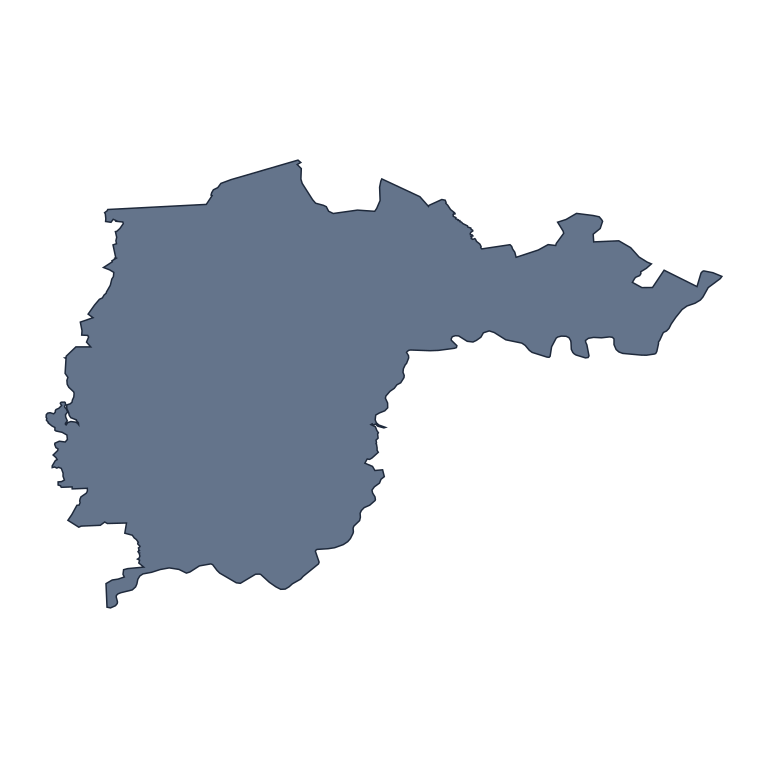 the district of Raiskuma pag., Pargaujas, Latvia
{"feature_id": "27541924B87883803055955", "entity_name": "Raiskuma pag.", "entity_type": "district", "adm_level": 2, "iso_a3": "LVA", "parent_name": "Latvia", "parent_adm1": "Pargaujas", "projection": "robinson", "projection_center": [25.193, 57.347], "detail": "fine", "context": "isolated", "style": "filled", "palette": "slate", "viewbox_px": 768, "rotation_deg": 0, "n_neighbors": 0, "source": "geoboundaries", "source_scale": "gbopen_adm2", "svg_char_len": 6013}
<svg xmlns="http://www.w3.org/2000/svg" viewBox="0 0 768 768"><path d="M54.7,444.5L55.9,447.6L58.0,448.9L57.7,450.5L53.1,455.0L56.0,457.6L57.2,459.6L55.4,460.5L52.2,465.9L52.2,467.6L54.6,467.0L56.8,468.1L58.6,467.3L61.3,468.4L63.1,473.2L63.0,476.2L64.4,480.0L61.6,481.6L58.1,481.9L58.1,485.0L60.6,485.8L60.9,486.9L61.5,487.3L72.1,486.9L72.2,488.9L87.3,488.3L87.4,491.1L86.3,493.2L81.0,496.8L80.1,498.9L79.7,501.0L80.1,502.6L79.1,505.1L76.9,505.3L71.8,514.6L67.9,520.3L78.8,527.2L81.2,526.1L100.3,525.3L104.7,522.0L107.4,523.5L126.5,523.0L124.8,533.2L132.3,535.2L134.2,537.9L136.4,539.6L138.3,542.3L137.7,543.1L137.9,544.2L139.9,546.1L140.0,546.6L138.4,548.0L138.9,549.2L138.7,550.3L139.3,550.6L138.0,551.7L138.9,553.0L139.6,553.1L139.3,553.9L139.9,556.1L139.1,558.1L137.5,559.1L139.6,560.2L138.8,563.0L143.7,567.1L127.7,568.6L123.6,569.7L123.0,574.3L124.3,577.0L118.1,579.1L112.2,580.0L106.0,583.6L107.0,607.2L110.5,607.9L115.5,605.7L117.2,603.6L117.5,602.0L116.2,596.9L116.4,595.4L118.1,593.8L120.9,592.7L132.3,589.9L135.6,586.9L136.9,583.9L137.8,579.4L139.8,576.0L143.0,573.9L151.6,572.3L160.3,569.5L169.2,567.9L178.9,569.4L186.4,573.1L189.9,572.0L199.4,565.9L210.8,563.9L212.6,564.6L216.9,570.3L219.7,573.1L236.3,582.8L240.4,583.3L255.6,574.2L259.4,574.1L260.7,574.4L269.2,582.2L275.8,586.8L280.7,589.3L285.2,589.1L289.1,586.8L292.4,583.8L300.7,579.1L303.1,576.4L318.5,563.9L319.1,562.1L315.4,551.3L315.7,550.4L317.0,549.4L328.2,548.7L334.7,547.7L343.3,544.6L347.7,541.7L350.4,538.6L353.0,533.4L353.4,531.8L353.1,528.2L353.8,526.2L359.6,520.6L360.4,517.2L360.1,513.3L361.4,510.5L364.2,507.6L369.7,505.2L375.1,500.5L375.4,499.6L375.0,496.9L372.6,493.0L372.0,490.1L374.4,486.8L379.5,483.1L381.0,479.3L384.3,476.6L382.6,469.8L374.9,470.5L372.5,466.4L364.9,463.2L367.1,459.1L366.6,458.9L369.6,459.4L372.0,458.0L378.3,452.3L377.1,450.3L377.1,447.8L376.5,444.2L376.0,443.7L376.5,442.8L376.0,440.2L378.1,438.1L377.6,433.9L378.4,432.8L376.8,430.4L375.4,426.8L370.9,424.6L372.2,423.8L372.5,424.2L372.1,424.4L372.9,425.1L375.6,424.1L377.8,426.2L383.9,427.9L385.5,427.4L378.8,425.0L376.3,422.7L375.2,419.9L375.6,415.9L375.8,415.0L379.5,412.9L384.8,410.8L387.7,407.8L387.6,403.0L385.4,398.2L385.9,396.0L390.0,391.3L394.3,388.3L396.9,384.8L400.7,382.8L404.0,377.6L404.2,375.4L403.0,372.3L403.4,368.7L405.3,364.7L406.5,363.5L408.7,357.9L408.5,355.6L406.5,352.4L407.3,351.4L408.8,350.3L410.6,350.0L430.1,350.7L438.4,350.4L454.4,348.3L456.4,347.6L456.9,345.7L451.3,340.2L451.2,338.9L452.3,336.7L455.3,335.7L458.6,335.9L467.2,341.3L473.0,342.0L476.4,340.4L480.9,337.2L483.4,332.8L489.2,330.9L494.2,332.5L505.8,339.8L521.8,343.1L525.2,345.4L529.3,350.3L532.1,352.4L547.0,357.1L549.1,357.3L550.1,356.3L551.6,346.8L556.2,338.1L557.8,337.0L561.4,336.1L566.2,336.3L569.0,337.7L570.7,340.7L571.0,342.5L571.3,349.3L572.8,352.4L574.1,353.8L576.0,355.0L585.5,357.9L588.1,357.5L589.0,355.9L586.9,344.9L585.7,342.2L585.5,340.5L588.4,338.3L593.6,337.4L601.6,337.8L609.6,336.9L612.4,337.3L614.0,338.9L614.0,344.6L616.1,349.5L618.8,351.9L622.7,353.4L641.3,355.1L646.5,355.2L654.5,354.0L655.7,353.5L656.8,351.5L658.5,343.8L658.5,342.0L659.7,340.3L663.0,333.1L663.7,332.3L666.5,331.0L669.0,328.4L671.2,324.0L675.8,317.3L682.1,309.5L687.0,306.0L695.1,303.2L700.4,300.0L702.9,297.1L708.2,287.6L720.3,278.6L721.9,276.4L712.9,272.7L703.8,270.9L702.5,271.4L701.0,273.1L697.0,286.6L664.1,270.2L652.5,287.5L641.9,287.6L632.4,282.4L634.8,278.2L636.0,277.1L639.7,275.6L640.9,273.7L640.7,271.8L646.4,268.3L651.4,263.9L647.2,262.1L639.0,257.0L630.7,247.7L618.8,240.8L593.7,241.9L593.2,234.2L600.2,228.5L602.6,221.3L601.6,219.6L599.2,216.8L593.1,215.5L576.5,213.4L566.0,219.5L557.6,222.2L563.1,231.1L563.7,233.3L556.3,243.4L555.7,245.5L548.1,244.6L538.3,250.0L516.1,257.3L514.8,252.2L512.6,249.0L511.7,246.4L510.0,244.7L481.8,248.9L480.7,247.5L481.1,246.5L479.8,244.0L476.5,241.4L475.5,239.3L474.8,238.6L472.8,239.4L471.3,238.6L471.8,237.8L471.0,236.6L472.9,235.9L472.1,234.9L470.4,234.7L470.2,233.6L470.9,232.3L472.8,231.0L472.7,230.3L471.1,229.2L470.8,228.0L467.9,227.1L467.5,225.9L462.7,223.5L461.5,222.1L460.0,221.7L459.9,220.6L458.1,220.4L458.2,219.7L455.6,218.7L455.9,217.6L453.3,216.4L453.1,214.4L455.1,213.8L454.9,213.3L454.0,213.2L453.7,212.7L454.1,212.4L450.6,209.6L447.7,205.2L445.8,203.3L446.1,202.5L445.2,200.2L441.8,199.5L428.9,205.4L428.5,206.4L419.9,196.7L381.8,178.9L380.8,181.2L379.6,187.2L380.1,200.5L376.7,208.4L374.7,211.3L357.4,210.1L333.2,213.5L328.6,211.2L326.3,206.7L323.4,205.3L315.6,203.2L312.6,199.7L302.2,183.4L300.9,179.1L301.3,168.6L297.2,164.5L300.8,162.5L298.0,160.1L231.1,179.6L220.9,183.4L217.8,187.6L213.4,189.8L211.7,192.7L211.0,195.1L212.1,195.6L206.3,204.4L107.8,209.5L107.0,210.9L104.6,212.7L105.3,213.8L105.8,218.6L105.6,221.5L111.0,222.3L113.2,219.3L116.5,220.8L116.1,221.3L122.8,222.0L123.3,223.6L119.9,228.5L116.7,231.4L115.4,231.6L116.7,237.3L115.9,240.8L116.5,243.7L113.0,244.9L115.7,257.5L115.1,257.9L116.2,258.2L111.9,260.8L112.3,261.8L103.5,267.5L109.7,269.9L113.8,272.4L113.4,276.6L111.8,279.1L110.3,285.3L106.4,292.1L106.2,293.2L104.1,295.0L102.4,297.9L99.4,299.3L94.5,305.1L88.1,314.1L93.0,317.7L80.3,322.1L82.0,330.7L81.7,335.1L87.7,335.4L88.6,337.1L86.5,342.1L90.7,346.9L75.9,346.9L66.2,356.2L66.1,357.7L64.9,357.9L66.0,358.6L65.1,373.4L67.9,377.4L66.9,380.4L67.2,384.3L68.8,387.3L73.7,391.9L74.1,393.4L73.8,397.0L72.4,400.0L72.0,402.2L70.2,403.8L66.7,404.9L66.8,408.5L68.6,412.5L69.2,415.3L70.8,417.7L76.4,419.9L76.4,420.6L78.4,422.8L78.6,424.6L77.5,423.2L75.4,422.1L70.9,421.5L67.7,422.6L66.2,424.9L65.5,424.5L65.4,423.3L67.3,420.8L65.7,417.1L65.5,414.7L67.6,412.0L66.4,409.0L64.8,407.3L64.6,406.4L65.6,404.5L65.3,402.7L64.7,402.1L61.3,402.2L60.5,402.8L60.3,403.4L61.6,405.5L58.8,408.3L56.1,409.5L55.4,410.4L55.2,412.3L53.7,413.8L50.1,412.7L47.7,413.1L46.3,414.6L46.1,417.3L46.8,418.4L46.4,420.2L48.3,422.3L48.1,422.8L52.0,426.0L54.9,427.5L54.9,430.2L56.0,431.0L62.1,432.3L66.9,435.0L67.4,439.4L65.2,442.0L59.3,441.2L54.9,443.2L54.7,444.5Z" fill="#64748b" stroke="#1e293b" stroke-width="1.5"/></svg>